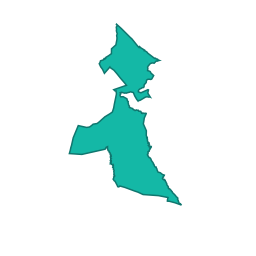 San Jerónimo Sosola, Oaxaca, Mexico, rotated 327°
{"feature_id": "50627088B57913149693719", "entity_name": "San Jerónimo Sosola", "entity_type": "district", "adm_level": 2, "iso_a3": "MEX", "parent_name": "Mexico", "parent_adm1": "Oaxaca", "projection": "mercator", "projection_center": [-97.021, 17.384], "detail": "fine", "context": "isolated", "style": "filled", "palette": "teal", "viewbox_px": 256, "rotation_deg": 327, "n_neighbors": 0, "source": "geoboundaries", "source_scale": "gbopen_adm2", "svg_char_len": 5834}
<svg xmlns="http://www.w3.org/2000/svg" viewBox="0 0 256 256"><g transform="rotate(327 128 128)"><path d="M138.0,69.3L146.0,67.0L145.9,67.5L147.7,71.9L148.3,76.5L148.9,82.7L149.7,88.4L149.9,91.4L148.2,90.9L136.9,88.1L137.4,90.0L138.2,90.3L136.9,93.1L130.4,99.7L129.5,100.6L127.0,103.3L123.6,106.1L120.4,106.2L114.9,106.0L110.2,106.7L107.9,107.1L106.2,107.3L104.5,107.4L100.8,105.8L98.9,106.1L96.2,106.2L93.6,105.0L87.6,98.9L76.7,106.4L71.2,111.8L69.5,113.2L67.3,115.4L64.9,117.5L74.9,125.0L96.4,133.0L97.7,133.3L99.1,132.3L100.7,132.5L99.7,133.9L99.2,135.7L99.0,136.1L99.5,137.1L99.6,137.3L99.4,137.6L99.1,137.8L99.4,138.5L99.1,138.8L99.3,139.0L99.2,140.2L99.0,140.5L98.7,140.5L98.5,141.4L99.0,141.6L98.6,142.6L98.0,142.4L97.8,142.8L97.4,142.7L97.0,143.9L97.3,144.3L96.8,144.4L96.4,144.9L96.2,145.5L95.5,145.6L95.4,146.0L96.2,146.3L95.8,147.0L95.1,147.3L94.6,147.3L94.3,147.5L94.4,147.8L94.0,148.1L94.7,148.4L94.5,148.7L94.0,148.7L94.4,149.1L94.4,149.5L94.9,150.0L94.9,150.4L95.6,150.4L95.5,151.0L95.1,151.3L95.3,151.5L95.1,151.9L94.6,151.9L94.4,152.4L93.8,152.5L93.7,152.6L94.1,153.5L93.8,153.8L93.7,154.2L93.1,155.0L93.3,155.5L93.2,156.2L92.4,156.7L91.7,158.4L91.4,158.6L91.3,159.2L90.9,159.2L90.8,159.7L90.6,159.9L90.8,160.6L90.4,160.7L90.3,161.3L89.4,161.2L89.2,161.7L89.0,161.8L88.7,162.2L88.3,162.5L88.0,162.8L87.7,162.8L87.7,164.6L87.8,165.1L88.1,165.4L88.1,166.0L87.6,171.1L87.4,171.5L87.7,172.0L88.1,172.3L88.6,172.4L89.1,172.4L89.6,172.2L93.0,176.1L94.8,178.5L99.4,184.7L101.4,187.2L104.4,192.0L116.7,201.3L123.7,208.1L121.9,209.8L121.2,210.8L122.8,212.0L126.7,216.3L130.5,221.3L130.8,221.2L130.7,220.5L130.7,220.1L130.5,219.7L130.0,219.1L130.0,218.8L130.1,217.9L130.4,217.0L130.3,216.7L130.7,216.0L130.6,215.0L130.9,214.8L131.6,213.9L131.4,213.3L131.4,212.7L131.0,212.1L131.1,211.2L131.0,210.7L130.9,209.5L130.7,209.3L130.7,208.6L130.6,208.4L130.5,207.5L130.3,207.1L130.1,206.5L130.2,205.9L130.4,205.5L130.3,205.1L130.0,204.6L130.2,204.2L130.1,203.2L129.8,202.7L129.9,202.0L129.5,201.3L129.0,201.0L129.0,200.7L129.3,200.2L129.4,199.6L129.7,199.5L129.8,198.6L129.7,198.2L129.8,197.7L129.6,196.7L130.2,195.8L130.2,195.5L130.3,195.1L130.2,194.5L130.5,193.5L130.4,192.7L130.6,192.4L130.3,192.3L130.1,191.7L130.4,191.5L130.3,191.3L130.1,191.1L130.3,190.9L129.8,190.6L129.8,190.2L129.4,190.0L129.4,189.1L130.5,188.2L130.9,188.4L131.0,188.2L131.9,187.6L132.2,187.7L132.4,187.7L132.5,187.5L132.8,187.3L132.4,186.7L132.2,186.7L131.6,185.7L131.1,184.3L130.9,183.6L130.7,183.1L130.3,182.5L130.0,182.3L129.2,181.4L129.2,181.1L129.3,180.3L129.5,179.5L129.4,179.3L129.9,178.2L130.0,177.1L130.1,176.6L130.0,176.4L130.1,176.2L129.9,176.2L129.6,175.6L129.6,175.0L129.4,174.6L129.5,174.3L129.6,174.0L129.6,173.9L129.7,173.3L129.8,173.2L129.9,172.6L129.7,172.4L129.8,172.3L129.8,172.1L129.9,171.9L129.9,171.7L130.1,170.5L129.9,168.9L130.0,168.5L129.9,167.7L130.3,166.8L130.3,165.4L130.1,164.8L129.7,164.5L129.8,164.1L129.5,163.7L129.5,163.2L129.7,162.4L129.5,162.2L129.5,161.8L129.6,161.6L129.9,160.7L130.2,160.6L130.4,160.5L130.7,160.6L131.1,160.1L131.6,159.2L131.7,159.3L132.0,159.0L132.2,158.8L133.1,159.0L133.4,158.6L133.9,158.2L134.6,158.0L134.8,157.7L135.5,157.4L135.1,157.3L135.2,157.1L136.3,156.7L136.7,156.4L137.0,156.6L137.4,156.2L137.1,156.0L137.0,155.7L136.6,155.3L136.4,154.9L135.6,155.2L135.8,154.2L135.6,153.7L137.1,153.3L137.2,152.1L137.5,152.0L137.4,151.6L137.1,151.7L136.5,151.6L137.1,150.7L137.2,149.3L137.9,148.7L138.1,147.6L138.6,147.2L138.9,146.6L138.4,146.3L138.7,145.8L139.0,145.9L139.0,145.4L139.2,144.3L141.9,140.3L143.1,132.9L145.6,130.2L147.1,128.5L150.8,126.1L151.2,125.7L150.8,125.2L150.3,125.2L149.8,124.9L149.7,124.5L149.0,123.9L148.3,123.9L148.0,123.3L147.5,123.1L147.9,122.6L147.6,122.2L147.6,121.9L147.8,121.1L147.6,120.8L147.3,120.7L147.1,120.4L146.2,119.8L146.1,119.7L146.3,119.2L146.3,118.7L145.5,118.3L145.3,118.0L145.0,117.5L144.7,117.3L144.1,117.4L143.4,117.2L143.3,116.5L142.5,115.6L142.4,115.1L142.6,114.3L141.9,113.5L141.6,113.1L141.0,112.3L140.4,111.8L140.3,111.5L141.1,110.5L141.0,109.2L141.5,107.9L142.0,106.6L142.6,105.9L142.3,104.9L143.0,102.9L141.0,99.1L138.9,97.9L139.0,96.3L139.8,95.5L140.2,95.6L140.7,95.3L140.6,94.2L141.7,94.4L142.3,94.8L143.1,95.8L144.1,96.9L144.8,97.2L145.7,97.9L146.7,98.1L149.0,98.9L149.7,98.9L151.8,101.2L151.1,104.7L150.9,108.6L151.1,110.9L151.6,110.7L151.9,110.8L153.0,111.3L154.1,111.4L159.5,111.6L161.0,112.2L162.1,113.3L162.9,113.8L163.3,113.9L163.5,114.2L163.6,109.6L163.7,109.4L165.9,107.2L165.6,106.7L158.0,105.5L156.4,103.3L157.2,102.2L158.8,101.7L160.7,102.0L161.5,101.9L162.5,102.2L162.7,102.4L163.3,102.4L163.7,102.3L164.2,101.8L164.6,101.2L165.0,100.7L165.5,100.4L166.0,100.2L166.3,100.3L166.8,100.2L167.8,99.8L168.2,99.6L168.3,99.4L169.4,98.2L170.3,97.9L171.2,98.0L172.0,98.4L172.7,98.9L173.4,99.6L174.0,99.8L174.7,99.8L178.1,98.0L177.8,96.7L177.7,96.4L177.6,95.9L177.3,95.3L177.2,94.7L177.2,94.1L177.3,93.4L177.3,92.7L176.9,92.0L175.8,90.6L175.7,90.5L177.2,88.7L177.4,88.0L177.7,87.5L178.7,87.0L179.9,86.7L180.9,86.3L182.2,86.2L183.7,86.6L184.5,87.2L185.2,87.9L186.5,87.6L187.8,87.3L188.2,87.3L188.7,87.7L189.3,88.0L190.3,88.1L191.1,88.4L190.4,87.4L190.3,86.6L190.1,86.5L190.0,86.1L189.8,86.1L189.4,85.6L189.1,84.5L188.7,84.1L188.2,84.1L185.3,75.9L185.3,74.8L184.3,72.5L183.8,72.0L184.3,71.7L182.5,67.9L182.0,66.0L181.1,66.5L180.7,64.4L179.8,55.3L179.2,53.2L176.6,41.0L174.9,34.7L174.6,34.9L174.7,35.5L174.9,35.7L174.9,36.1L174.7,36.5L173.4,36.8L173.1,37.1L172.8,37.5L172.4,38.7L171.3,40.0L170.8,41.2L170.3,43.2L169.4,43.8L168.9,44.2L168.5,45.0L168.1,46.0L167.9,46.3L167.0,47.6L163.1,51.7L157.3,52.6L154.6,56.6L151.1,56.8L147.9,56.7L147.3,57.4L146.7,57.5L146.6,57.0L145.7,56.7L145.4,57.2L145.5,57.4L143.8,57.3L142.4,56.9L141.5,56.7L140.1,57.9L138.9,58.4L138.4,61.9L138.6,64.9L138.0,69.3Z" fill="#14b8a6" stroke="#0f766e" stroke-width="1.5"/></g></svg>